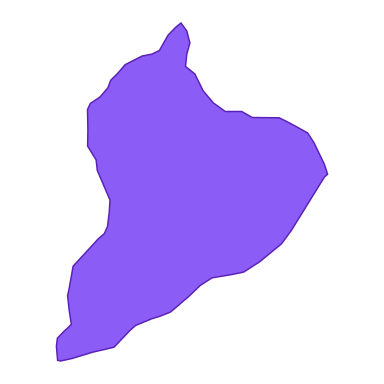 the district of Quebracho, Cerro Largo, Uruguay
{"feature_id": "84410073B4065456644538", "entity_name": "Quebracho", "entity_type": "district", "adm_level": 2, "iso_a3": "URY", "parent_name": "Uruguay", "parent_adm1": "Cerro Largo", "projection": "equal_earth", "projection_center": [-54.796, -32.593], "detail": "fine", "context": "isolated", "style": "filled", "palette": "violet", "viewbox_px": 384, "rotation_deg": 0, "n_neighbors": 0, "source": "geoboundaries", "source_scale": "gbopen_adm2", "svg_char_len": 946}
<svg xmlns="http://www.w3.org/2000/svg" viewBox="0 0 384 384"><path d="M327.6,174.2L324.4,164.4L314.2,143.1L307.6,132.9L290.9,123.7L279.2,117.8L252.2,117.5L241.7,111.5L225.3,111.5L213.4,103.0L203.2,90.9L194.8,73.9L185.5,66.5L186.8,54.0L189.9,43.0L186.8,31.0L181.0,23.0L175.9,27.1L168.1,35.1L159.4,50.5L151.9,54.1L141.9,56.1L133.3,60.5L125.1,64.7L118.0,73.0L110.7,80.3L107.9,87.8L100.0,97.0L90.5,103.3L87.5,109.5L87.9,130.1L87.6,146.1L96.1,159.9L97.3,170.5L110.0,200.1L109.2,212.6L108.4,219.1L107.5,226.6L104.4,233.5L98.3,238.8L73.1,266.2L69.2,288.3L67.6,295.7L69.2,310.3L71.3,324.2L68.4,327.3L63.8,331.5L57.4,338.1L56.4,346.3L57.6,360.3L60.6,361.0L72.0,358.5L92.2,352.3L114.0,347.2L121.3,339.6L130.1,330.3L135.5,325.5L151.4,318.9L160.7,316.0L170.7,311.9L188.8,296.4L200.4,285.3L211.9,277.9L233.5,274.2L243.6,272.1L259.5,261.9L281.5,243.8L291.5,230.2L312.1,196.9L324.4,177.1L327.6,174.2Z" fill="#8b5cf6" stroke="#5b21b6" stroke-width="1.5"/></svg>